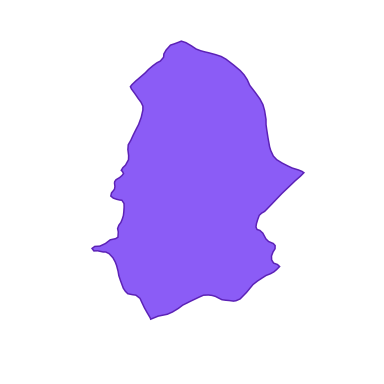 Lèkoko, Haut-Ogooué, Gabon, rotated 40°
{"feature_id": "22940354B44244492121045", "entity_name": "Lèkoko", "entity_type": "district", "adm_level": 2, "iso_a3": "GAB", "parent_name": "Gabon", "parent_adm1": "Haut-Ogooué", "projection": "mercator", "projection_center": [13.129, -2.025], "detail": "fine", "context": "isolated", "style": "filled", "palette": "violet", "viewbox_px": 384, "rotation_deg": 40, "n_neighbors": 0, "source": "geoboundaries", "source_scale": "gbopen_adm2", "svg_char_len": 2184}
<svg xmlns="http://www.w3.org/2000/svg" viewBox="0 0 384 384"><g transform="rotate(40 192 192)"><path d="M77.1,150.9L79.4,152.0L84.8,153.3L90.9,155.0L95.2,156.0L99.2,157.8L101.7,160.8L105.1,167.4L107.7,174.6L109.0,180.5L110.3,185.9L111.9,191.7L112.8,196.8L115.6,200.7L120.1,204.9L122.6,208.1L123.8,214.1L123.4,217.8L123.9,220.9L125.6,221.0L127.7,221.9L127.8,224.3L127.3,227.4L125.9,231.4L126.1,233.7L126.9,235.0L129.4,237.3L130.8,239.7L130.9,242.0L130.9,244.4L132.4,247.3L135.6,247.3L138.8,246.1L141.8,244.6L143.6,243.4L147.3,244.5L149.7,247.2L152.5,251.0L154.6,254.2L156.0,257.6L157.1,261.1L157.3,264.4L158.5,267.8L161.2,270.0L164.3,274.2L163.5,276.8L160.1,281.2L158.8,287.1L156.2,292.7L152.5,296.2L151.7,299.5L154.7,300.2L157.5,297.7L162.4,295.1L164.5,293.4L168.2,292.5L173.7,293.2L178.1,294.9L181.5,296.8L186.3,300.2L189.7,303.1L194.1,305.8L201.3,309.9L204.8,310.9L208.2,311.2L212.1,309.1L215.3,307.1L220.6,306.9L223.9,308.5L230.0,311.3L235.3,313.3L241.0,315.3L242.1,316.0L245.9,308.8L251.7,301.5L254.2,296.4L256.4,289.8L257.6,284.6L261.3,276.1L265.0,268.0L267.1,263.7L270.7,260.4L273.7,258.4L277.1,256.9L280.2,256.2L284.1,255.3L287.3,253.3L290.3,251.2L293.9,248.9L295.6,247.0L297.6,243.0L298.3,234.1L298.2,223.7L299.4,218.0L300.8,213.4L302.4,208.3L304.7,204.1L306.1,200.4L306.7,196.8L307.0,192.8L304.1,192.6L300.2,194.0L296.6,192.8L294.0,189.9L292.6,185.8L292.1,182.1L290.1,179.6L287.4,179.2L282.5,180.7L278.7,180.4L275.7,179.2L272.7,178.0L268.7,177.8L265.9,178.9L263.5,177.7L261.7,174.8L260.0,170.8L258.5,166.6L258.9,163.5L260.1,160.2L260.7,152.1L261.8,135.4L263.8,117.2L264.9,110.2L265.3,105.3L263.0,105.5L259.3,106.7L253.4,109.2L248.9,110.4L242.4,111.9L236.1,112.8L231.2,112.2L225.6,109.6L222.4,107.5L215.1,101.4L209.5,96.5L205.4,92.8L202.0,88.8L195.3,83.0L190.2,79.5L184.3,77.1L176.4,75.1L167.7,73.2L162.2,70.5L156.6,68.8L150.9,68.0L142.1,68.0L132.7,68.4L127.3,69.4L121.8,71.6L115.3,74.6L112.0,76.3L107.9,78.2L103.3,79.8L97.7,80.4L91.3,81.5L86.8,83.3L85.9,85.1L83.6,89.2L81.1,93.3L80.9,99.8L81.7,104.3L83.6,107.0L83.6,112.0L82.1,115.5L80.9,120.3L79.9,126.1L79.6,130.7L78.8,135.8L77.6,142.9L77.0,148.3L77.1,150.9Z" fill="#8b5cf6" stroke="#5b21b6" stroke-width="1.5"/></g></svg>